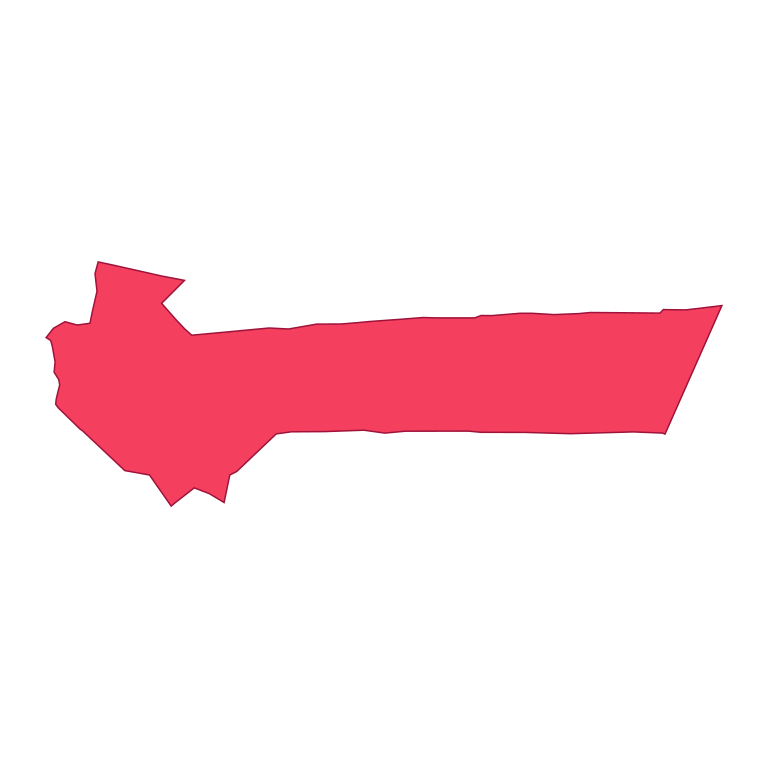 Chinguitti, Adrar, Mauritania (Mercator projection)
{"feature_id": "47542326B90495786476095", "entity_name": "Chinguitti", "entity_type": "district", "adm_level": 2, "iso_a3": "MRT", "parent_name": "Mauritania", "parent_adm1": "Adrar", "projection": "mercator", "projection_center": [-10.907, 20.124], "detail": "fine", "context": "isolated", "style": "filled", "palette": "rose", "viewbox_px": 768, "rotation_deg": 0, "n_neighbors": 0, "source": "geoboundaries", "source_scale": "gbopen_adm2", "svg_char_len": 1069}
<svg xmlns="http://www.w3.org/2000/svg" viewBox="0 0 768 768"><path d="M171.2,506.1L175.2,502.7L180.6,498.5L194.2,487.9L205.8,492.3L209.2,493.6L224.1,502.5L229.8,475.0L236.7,471.5L276.2,433.9L291.5,431.8L324.5,431.6L363.9,430.2L384.8,433.1L405.4,431.2L468.2,431.1L481.0,432.3L524.7,432.4L570.4,433.7L633.3,431.9L662.6,433.1L665.0,434.1L721.9,305.6L685.8,309.9L663.3,309.6L660.0,313.1L629.0,312.8L615.0,312.7L590.4,312.5L578.6,313.6L554.0,314.6L532.5,313.3L519.7,313.3L491.8,315.6L481.1,315.5L474.7,317.9L445.8,317.9L436.2,317.9L423.2,317.5L403.0,319.1L369.8,321.5L357.0,322.7L340.9,324.0L316.3,324.1L315.6,324.3L288.5,329.0L269.2,328.0L191.7,335.2L184.8,329.0L176.1,319.8L161.6,303.3L184.5,280.4L161.5,276.0L118.5,266.3L98.2,261.9L95.0,273.6L97.0,291.2L92.2,312.2L90.0,323.2L84.9,324.0L77.1,325.0L65.0,321.7L53.4,328.3L46.1,337.6L50.7,340.5L52.3,346.2L53.2,351.4L55.1,361.8L54.1,372.2L58.8,379.7L59.7,385.0L57.7,392.8L56.2,399.3L55.7,404.3L58.3,407.9L80.4,429.4L82.1,430.4L124.8,470.6L149.5,475.0L171.2,506.1Z" fill="#f43f5e" stroke="#9f1239" stroke-width="1.5"/></svg>